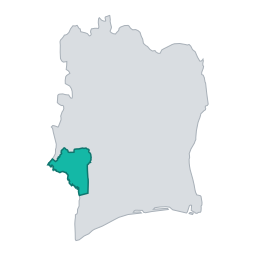 Cavally highlighted on a map of Ivory Coast
{"feature_id": "CIV-3459", "entity_name": "Cavally", "entity_type": "Department", "adm_level": 1, "iso_a3": "CIV", "parent_name": "Ivory Coast", "parent_adm1": "", "projection": "equal_earth", "projection_center": [-7.856, 6.298], "detail": "fine", "context": "in_parent", "style": "filled", "palette": "teal", "viewbox_px": 256, "rotation_deg": 0, "n_neighbors": 0, "source": "natural_earth", "source_scale": "10m", "svg_char_len": 6278}
<svg xmlns="http://www.w3.org/2000/svg" viewBox="0 0 256 256"><path d="M64.3,35.1L65.1,35.1L67.1,34.3L68.9,32.5L70.6,28.8L72.9,25.8L75.5,26.0L76.3,25.5L77.2,25.4L78.3,27.3L79.4,28.8L80.2,28.9L80.7,31.7L85.5,32.9L87.5,33.7L89.2,35.8L89.8,35.8L90.5,35.4L91.1,34.7L91.2,33.9L90.5,32.0L90.8,30.3L91.5,28.8L92.7,28.7L94.6,28.3L96.7,28.3L98.3,28.5L98.9,27.0L98.3,22.8L98.4,20.5L98.7,18.5L99.3,17.7L101.6,20.2L103.8,21.1L105.3,21.2L105.7,20.7L105.1,18.0L105.2,17.2L105.8,16.7L106.8,16.5L109.5,15.4L109.8,15.6L110.3,19.8L110.1,21.2L110.7,24.1L111.4,26.8L111.4,27.8L110.8,29.5L110.1,31.0L110.2,31.6L111.3,32.7L113.3,33.7L115.5,34.0L116.7,32.4L118.0,31.2L118.8,30.0L119.1,28.4L120.5,27.1L124.4,25.6L128.0,25.4L128.9,25.9L130.5,28.2L132.6,29.8L135.7,29.6L138.0,30.6L140.0,32.3L141.3,36.3L142.7,39.2L143.4,43.3L145.7,45.5L147.5,46.5L149.9,49.4L152.4,51.0L155.0,50.6L156.2,52.2L158.2,53.3L160.1,53.3L161.8,49.9L164.1,48.6L169.7,45.8L172.0,44.6L174.3,43.8L179.7,43.5L184.8,44.4L187.4,45.0L189.1,44.5L190.8,46.2L192.5,49.6L193.9,50.7L195.3,51.9L196.4,54.6L197.6,57.3L198.3,58.5L199.8,61.1L201.2,61.1L202.4,60.0L203.0,59.1L203.3,60.9L202.8,63.7L202.9,65.5L203.6,66.2L203.2,68.4L201.7,72.3L201.7,74.5L203.2,75.2L204.3,77.7L205.0,81.8L205.6,83.2L205.7,84.0L206.8,94.0L208.2,104.1L207.4,105.4L206.2,105.8L205.4,106.2L205.2,107.2L205.7,108.5L205.4,109.8L204.0,110.7L200.8,113.8L200.6,115.1L199.8,117.8L199.1,119.5L198.0,122.6L196.4,130.7L195.8,137.5L195.8,139.6L195.1,141.0L194.4,143.1L191.0,148.9L189.2,153.6L189.5,155.7L189.6,157.7L189.1,159.2L189.2,163.2L189.6,166.6L190.2,169.9L192.8,179.2L194.1,184.8L194.9,189.4L195.6,192.4L196.3,193.7L196.6,194.8L200.3,195.7L201.0,196.4L202.0,202.3L201.9,205.0L201.1,206.0L201.2,208.3L201.0,211.1L200.5,212.2L198.4,212.4L197.0,213.4L195.1,213.0L194.9,212.3L193.9,212.0L191.2,210.4L191.6,205.3L190.3,205.1L189.4,205.7L187.4,211.9L186.5,213.0L172.7,209.8L169.7,207.2L166.1,206.7L159.9,207.0L154.8,207.7L153.3,209.3L166.3,208.4L167.7,208.5L168.3,209.5L151.9,211.5L145.6,212.7L143.8,212.4L142.4,210.4L135.6,210.2L134.2,210.8L133.3,212.3L136.0,212.0L140.2,211.9L141.4,213.0L128.1,214.5L119.0,217.3L115.1,219.3L102.3,226.1L94.4,229.3L92.4,230.5L88.8,233.8L84.3,235.9L79.2,239.8L76.0,240.6L75.3,239.4L75.2,232.8L74.8,224.0L75.0,220.6L75.4,217.4L75.4,214.8L77.0,213.8L77.4,212.7L77.6,209.3L79.1,206.1L79.1,200.7L79.5,199.6L79.8,198.1L79.2,194.6L78.4,187.8L78.0,187.4L77.7,187.7L76.8,187.8L73.6,185.5L71.1,185.1L69.4,183.1L69.3,180.8L68.4,179.5L67.9,176.9L67.0,173.9L64.5,172.1L62.2,171.6L60.6,172.0L58.7,171.9L56.5,170.9L55.0,169.8L53.6,167.6L52.2,165.8L51.2,166.0L49.9,165.6L48.6,164.8L48.2,164.2L53.5,157.2L55.3,153.8L55.5,151.7L55.5,149.6L56.1,147.5L56.3,144.2L53.3,132.2L52.6,128.5L51.8,127.5L51.3,127.0L52.8,125.5L54.8,125.9L58.0,127.1L58.7,125.9L61.0,119.9L61.0,117.7L60.7,116.1L62.1,112.0L63.2,110.4L63.8,108.7L63.6,106.3L62.8,105.4L61.7,105.6L60.4,105.0L58.4,103.7L57.3,102.5L57.7,97.0L57.8,95.3L58.6,94.4L59.7,94.1L62.8,93.9L65.3,94.6L67.5,94.9L68.7,94.9L69.6,96.5L70.9,98.2L72.0,98.2L72.4,96.9L72.2,91.6L71.4,88.7L69.7,86.0L65.3,83.6L65.2,80.4L65.7,76.8L66.6,75.5L69.9,73.3L69.3,72.1L68.3,70.8L66.2,69.5L66.7,65.2L66.8,61.5L65.0,61.9L63.3,62.1L61.7,60.9L60.5,58.6L60.2,52.3L60.3,45.0L60.0,41.8L60.5,40.1L62.0,38.5L63.7,36.4L64.3,35.1ZM193.3,213.1L192.6,214.5L189.1,213.6L190.0,212.4L193.3,213.1Z" fill="#d9dde1" stroke="#a8b0b8" stroke-width="1"/><path d="M49.7,162.4L50.0,161.8L51.9,159.8L52.4,159.0L52.6,159.1L55.2,161.3L55.4,161.4L55.6,161.5L55.9,161.2L56.1,161.0L56.5,160.9L57.3,160.2L57.5,160.0L57.5,159.8L57.5,159.7L57.5,159.3L57.5,159.0L57.5,158.8L57.5,158.6L57.8,158.5L58.0,158.5L58.3,158.4L58.4,158.1L58.3,157.6L58.2,157.4L58.3,157.2L58.8,156.8L59.0,156.8L59.1,157.0L59.2,157.3L59.4,157.2L59.5,157.1L59.7,156.8L59.8,156.4L59.9,155.7L60.0,155.4L60.0,155.2L60.3,154.9L60.5,154.6L60.9,154.3L61.2,154.0L61.4,153.9L61.5,153.8L61.6,153.7L61.4,152.6L61.2,152.5L61.1,152.3L61.1,152.1L61.2,151.9L61.4,151.3L61.5,150.9L61.4,150.6L61.6,150.4L61.8,150.3L61.9,150.0L62.0,149.9L62.4,149.7L62.7,149.5L63.7,148.2L64.3,147.9L65.0,148.3L65.3,148.6L65.9,149.3L66.1,149.5L66.3,149.6L66.7,149.7L67.3,149.9L67.5,150.1L67.8,150.6L68.1,151.7L68.2,151.9L68.4,152.2L68.8,152.3L69.2,152.4L73.6,152.3L74.0,152.2L74.1,150.4L74.1,150.1L74.5,149.3L76.2,149.0L78.9,148.9L79.2,148.9L79.9,148.6L82.4,148.1L82.8,148.1L83.8,148.4L85.8,148.1L86.1,148.1L86.9,148.8L87.3,149.0L88.5,149.3L89.1,150.1L89.0,150.4L88.9,150.6L88.8,150.8L88.7,151.2L88.7,151.5L88.8,151.8L88.9,152.1L89.0,152.3L89.2,152.5L89.7,152.8L89.9,152.9L90.1,153.2L90.4,153.7L90.6,154.1L90.7,154.5L91.1,157.5L91.1,157.9L91.0,158.1L91.0,158.3L90.9,158.7L91.0,159.8L90.2,161.4L90.1,162.1L90.4,162.4L90.2,162.5L89.5,162.7L89.4,162.8L89.0,163.1L88.9,163.2L88.6,163.8L88.5,164.0L88.4,164.1L88.2,164.2L87.9,164.3L87.7,164.5L87.4,164.8L87.3,165.9L87.4,170.6L87.8,177.6L88.1,179.1L88.2,182.2L87.9,193.2L79.8,195.3L79.4,195.4L79.0,194.5L78.5,191.7L78.6,190.4L78.7,188.9L78.6,187.7L77.8,187.2L77.7,188.2L77.6,188.8L77.3,189.1L77.1,188.9L77.0,188.4L76.8,187.9L76.4,187.8L76.5,187.2L76.3,187.3L76.0,187.7L75.6,187.9L75.5,187.7L75.1,187.1L74.9,186.9L75.1,186.6L75.0,186.3L74.4,186.0L73.8,185.6L73.8,185.4L73.3,185.3L72.9,184.9L72.6,184.5L72.5,184.3L72.2,184.8L71.9,185.5L71.5,185.7L71.0,184.8L70.7,184.4L69.7,183.7L69.3,183.1L69.3,182.9L69.3,181.8L69.4,181.7L69.6,181.5L69.7,181.3L69.6,181.1L69.3,180.9L69.2,180.8L69.2,180.0L69.1,179.7L68.8,179.4L68.6,179.3L68.2,179.5L68.0,179.8L67.7,179.3L67.6,178.6L67.7,177.8L67.8,177.1L68.2,175.7L68.1,175.2L67.7,174.5L66.5,173.3L66.4,173.1L66.3,172.7L66.1,172.5L65.9,172.6L64.1,172.0L63.6,171.7L63.2,171.5L62.5,171.5L61.3,171.8L60.9,171.9L60.4,172.4L60.0,172.5L59.6,172.5L59.3,172.4L59.2,172.2L58.9,172.0L58.6,171.8L56.5,171.2L56.3,171.1L56.3,170.7L56.2,170.4L56.1,170.1L55.9,170.0L55.7,170.3L55.3,170.0L55.0,169.6L54.8,169.4L54.4,169.8L54.2,169.6L53.8,169.6L53.5,169.8L53.2,170.2L52.9,169.7L53.0,169.5L53.2,169.3L53.4,169.0L53.3,168.7L53.1,168.1L53.0,167.8L53.2,167.2L53.4,167.0L53.4,166.8L53.1,166.2L52.2,165.6L51.9,165.1L51.6,165.3L51.5,165.9L51.3,166.6L51.0,166.9L50.5,166.7L49.7,165.3L49.4,165.0L49.1,164.8L48.5,164.9L48.2,164.8L47.8,164.8L48.4,163.7L48.6,163.6L48.9,163.5L49.0,163.4L49.2,162.8L49.1,162.7L49.6,162.4L49.7,162.4Z" fill="#14b8a6" stroke="#0f766e" stroke-width="1.5"/></svg>